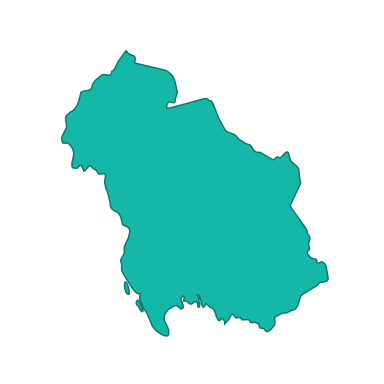 outline of Monagas, rotated 170°
{"feature_id": "VEN-46", "entity_name": "Monagas", "entity_type": "State", "adm_level": 1, "iso_a3": "VEN", "parent_name": "Venezuela", "parent_adm1": "", "projection": "equal_earth", "projection_center": [-62.996, 9.35], "detail": "fine", "context": "isolated", "style": "filled", "palette": "teal", "viewbox_px": 384, "rotation_deg": 170, "n_neighbors": 0, "source": "natural_earth", "source_scale": "10m", "svg_char_len": 5704}
<svg xmlns="http://www.w3.org/2000/svg" viewBox="0 0 384 384"><g transform="rotate(170 192 192)"><path d="M194.3,75.3L194.6,76.0L196.3,78.2L197.8,79.7L198.6,79.2L199.0,77.7L200.1,76.8L201.2,76.8L201.7,78.0L202.2,85.9L203.2,89.2L205.0,89.3L203.6,87.0L203.8,85.1L204.3,83.3L203.7,81.3L203.7,80.4L204.1,78.9L204.8,77.6L205.7,77.5L206.2,78.5L205.6,81.0L206.1,82.4L207.9,83.6L209.5,83.1L211.1,82.1L212.8,81.8L214.3,82.9L215.4,84.5L216.8,85.7L219.2,86.0L217.8,89.9L218.8,91.1L220.6,90.2L221.6,87.6L220.4,82.5L220.7,79.6L223.1,78.6L223.8,79.3L225.9,82.0L227.2,82.9L228.6,83.0L234.7,81.0L237.5,79.0L240.0,76.2L241.3,73.3L241.4,69.7L239.5,63.1L239.0,59.9L239.8,55.5L241.8,54.5L244.4,55.5L246.9,57.2L251.6,61.8L254.3,66.8L257.2,79.7L258.2,82.4L259.5,84.8L260.4,87.2L260.5,90.3L261.9,93.5L262.2,95.6L261.7,97.7L260.5,101.0L262.6,101.1L264.3,102.4L265.6,104.3L267.9,108.5L274.1,123.9L274.7,126.6L274.6,129.2L274.0,131.6L273.8,133.9L274.0,134.4L274.2,136.9L272.7,139.4L270.6,141.7L269.1,144.2L268.4,148.9L267.8,150.5L263.1,157.0L260.7,162.1L260.0,164.5L260.3,167.1L261.8,169.0L263.8,170.4L265.8,171.4L266.2,174.9L266.4,178.3L266.9,181.4L268.3,184.2L273.5,188.7L274.6,190.8L274.8,192.5L274.5,196.3L274.9,203.8L275.2,205.2L275.4,208.3L275.7,208.9L276.0,209.5L276.3,210.3L276.3,211.1L276.2,214.1L276.4,215.9L276.3,217.0L276.0,218.3L275.1,220.5L274.6,222.1L274.3,223.4L274.5,224.6L274.9,225.2L275.5,225.4L280.4,225.7L280.9,226.0L281.2,226.5L281.5,227.2L281.9,228.7L282.2,229.4L282.6,230.0L283.0,230.5L284.6,231.6L285.1,232.1L285.5,232.6L286.6,234.4L287.0,234.9L287.4,235.3L287.9,235.4L288.3,235.5L289.3,235.0L290.6,234.2L293.1,232.1L294.1,231.4L294.9,231.3L295.1,232.0L295.9,236.2L296.1,236.9L296.4,237.5L296.8,237.8L297.2,237.8L297.8,237.7L298.3,237.4L299.9,235.9L300.9,235.5L301.5,235.4L303.4,235.9L303.9,236.3L305.4,236.6L305.7,237.9L305.6,239.5L304.7,242.6L302.3,248.4L301.6,251.5L302.0,255.2L303.4,258.6L304.4,260.3L305.3,261.4L306.7,262.0L309.4,262.3L310.8,262.9L310.9,264.3L311.1,265.4L311.2,266.4L310.9,267.8L310.3,269.2L305.0,276.5L304.3,277.9L304.0,279.3L303.8,285.9L303.1,288.1L301.7,289.5L297.5,291.9L294.5,293.0L290.7,296.5L290.2,297.1L287.6,301.3L285.3,306.6L284.0,309.4L282.2,310.0L275.8,310.1L274.3,310.7L273.6,311.2L273.0,311.7L272.4,312.5L272.1,313.1L272.0,313.7L271.6,314.5L270.5,316.2L269.3,317.5L268.0,318.6L261.2,322.5L259.6,323.0L258.2,322.9L253.7,321.5L252.0,321.6L250.7,322.6L250.3,324.7L248.9,325.0L247.5,326.1L246.2,327.4L242.9,332.4L242.5,332.8L233.2,341.9L232.2,342.5L231.3,340.3L230.2,339.0L225.8,336.2L225.2,335.3L224.8,334.3L224.8,333.3L224.9,332.4L225.4,330.9L225.8,330.2L225.9,329.5L225.6,328.8L197.1,316.5L195.4,315.2L193.3,313.0L191.1,309.7L190.1,306.7L189.6,303.8L189.2,292.8L189.4,292.0L192.0,287.1L192.3,286.4L192.5,285.5L192.7,284.7L193.0,284.0L193.4,283.6L194.0,283.3L194.5,283.1L195.2,283.2L197.6,284.4L198.2,284.6L198.9,284.6L199.5,284.5L200.0,284.2L200.5,283.7L200.9,283.2L201.7,282.1L202.2,280.7L201.7,278.8L198.6,278.6L164.5,281.7L162.2,281.6L160.9,281.3L160.5,280.7L160.0,280.0L159.3,279.3L157.9,278.5L157.2,277.9L156.7,277.3L156.5,277.0L156.3,276.4L152.7,259.3L148.9,248.1L147.3,245.3L146.7,244.9L145.4,244.4L144.9,244.1L143.9,243.3L140.8,241.5L139.1,239.9L138.2,238.6L137.3,236.7L136.7,235.9L131.3,230.8L129.1,229.4L127.5,228.8L126.5,228.1L126.0,227.5L124.8,224.2L123.7,222.1L123.0,221.1L122.3,220.4L121.7,220.1L121.1,219.8L120.4,219.7L119.6,219.6L118.7,219.4L116.9,218.2L107.6,210.4L106.3,209.7L105.6,209.8L105.0,210.0L103.5,211.2L102.9,211.5L102.2,211.6L101.3,211.5L100.0,210.8L99.1,210.6L98.4,210.6L97.9,211.0L97.4,211.4L97.0,211.8L93.2,214.5L92.6,214.7L91.9,214.9L91.1,214.9L90.7,214.5L90.4,213.9L89.7,207.3L89.1,205.2L84.5,199.4L83.5,197.5L82.9,196.0L83.6,188.1L83.4,182.4L83.7,181.5L96.5,163.4L96.8,162.6L97.1,162.1L97.6,160.6L86.5,137.0L85.4,133.8L85.5,132.8L85.4,131.0L85.1,129.9L84.3,128.6L84.0,127.6L83.9,126.6L84.0,125.7L84.2,125.0L84.5,124.2L85.8,121.8L86.1,120.8L86.2,119.7L86.1,116.4L86.2,115.3L86.6,114.7L87.1,114.4L87.7,114.2L88.4,113.8L88.9,113.2L89.1,111.7L88.9,110.8L88.6,110.1L86.3,106.7L85.9,106.2L84.7,105.5L82.6,104.8L81.9,104.4L81.1,103.6L81.0,102.8L81.2,102.1L81.5,101.2L81.3,100.6L80.8,100.3L80.2,100.1L79.3,100.0L76.8,100.7L76.0,100.5L75.0,99.9L73.6,98.0L73.1,96.6L72.8,95.4L72.9,83.4L73.1,82.7L73.5,82.1L74.0,81.7L74.5,81.3L75.1,81.0L75.7,80.8L78.5,80.4L79.3,80.5L80.6,80.8L81.3,80.8L81.9,80.6L85.0,78.4L85.9,77.6L87.5,77.3L99.9,72.4L103.0,70.6L107.0,62.8L108.4,60.9L110.1,59.1L111.2,58.5L112.1,58.3L114.6,58.1L119.8,56.6L123.6,57.0L126.5,56.4L129.5,55.2L131.5,54.7L132.3,53.9L132.5,53.1L132.8,50.2L132.9,49.3L133.1,48.5L133.8,47.2L134.1,46.6L135.1,45.5L138.0,43.1L140.7,41.7L142.1,41.5L143.0,41.8L143.4,42.3L144.4,44.1L144.8,44.7L145.3,45.1L145.9,45.4L148.6,46.3L149.0,46.8L149.1,47.5L149.1,48.2L148.9,49.0L148.9,49.7L149.1,50.3L149.6,50.7L150.2,50.9L150.7,51.3L151.1,51.8L151.8,52.4L152.8,52.8L156.2,53.0L157.0,53.4L157.4,54.0L157.8,55.5L158.1,56.2L158.6,56.6L164.6,57.4L165.1,57.7L165.4,58.3L166.1,59.6L166.6,60.1L167.5,60.3L169.5,60.2L170.2,60.3L170.8,60.6L171.1,61.0L171.4,61.9L172.3,63.8L173.5,64.4L174.4,64.1L175.0,63.8L175.8,62.7L176.6,61.6L178.1,59.9L182.7,56.4L182.3,58.4L182.4,59.0L182.7,60.0L183.2,60.8L183.9,61.8L184.6,62.1L185.3,62.1L186.2,61.1L186.9,60.7L187.9,60.7L188.4,61.3L188.8,62.3L189.5,64.7L189.7,65.7L189.9,68.8L190.7,71.8L191.2,72.8L191.8,73.6L192.2,74.0L193.8,75.1L194.3,75.3ZM273.3,102.9L274.2,104.5L275.0,108.3L274.6,112.0L273.9,114.8L272.4,114.6L271.2,110.4L271.0,106.5L271.2,104.0L271.8,102.3L272.8,102.4L273.3,102.9ZM264.9,89.5L265.6,89.9L266.3,91.5L265.7,93.9L264.2,94.8L262.9,93.2L262.1,90.4L261.1,85.3L261.1,83.2L262.2,82.8L263.5,85.0L264.9,89.5Z" fill="#14b8a6" stroke="#0f766e" stroke-width="1.5"/></g></svg>